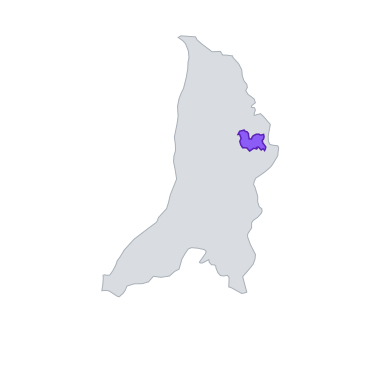 location of Şoldăneşti within Moldova, rotated 37°
{"feature_id": "MDA-1646", "entity_name": "Şoldăneşti", "entity_type": "District", "adm_level": 1, "iso_a3": "MDA", "parent_name": "Moldova", "parent_adm1": "", "projection": "orthographic", "projection_center": [28.717, 47.85], "detail": "fine", "context": "in_parent", "style": "filled", "palette": "violet", "viewbox_px": 384, "rotation_deg": 37, "n_neighbors": 0, "source": "natural_earth", "source_scale": "10m", "svg_char_len": 2541}
<svg xmlns="http://www.w3.org/2000/svg" viewBox="0 0 384 384"><g transform="rotate(37 192 192)"><path d="M87.9,76.9L89.2,73.9L101.5,66.0L104.6,67.5L110.9,67.9L123.7,67.9L130.1,62.6L134.0,64.2L137.2,61.9L142.5,58.9L143.3,59.6L144.0,60.0L152.1,61.5L158.2,64.5L162.3,69.0L166.5,71.9L170.9,73.0L173.3,75.2L173.8,78.6L177.9,80.3L185.6,80.3L188.9,82.6L187.7,87.1L188.5,88.6L191.2,87.1L193.3,88.4L194.4,91.8L195.6,93.4L199.6,88.2L203.8,88.7L213.9,90.9L219.3,101.7L222.6,105.6L225.6,107.2L229.3,105.5L232.6,103.5L234.5,104.4L238.7,111.6L239.7,121.0L239.7,124.8L238.3,131.3L236.2,138.1L234.6,142.5L235.3,146.1L236.8,149.1L239.2,150.1L247.2,156.0L250.2,160.2L254.5,163.3L257.8,163.4L259.5,165.1L260.1,167.2L259.7,172.6L258.0,177.7L258.2,180.9L261.2,184.7L261.5,189.2L261.8,192.1L263.3,194.3L270.7,199.1L280.3,203.7L282.7,207.7L284.3,212.8L284.0,221.5L283.4,229.1L296.1,239.1L294.7,241.0L292.8,243.1L280.9,244.8L278.5,245.7L273.2,238.1L270.4,237.2L267.9,240.0L264.9,241.6L261.3,240.9L257.4,238.6L255.4,236.9L253.8,236.7L251.4,238.4L248.2,237.8L246.1,235.9L243.1,242.4L241.2,243.8L240.1,243.6L239.8,232.6L238.9,230.9L236.5,230.6L230.6,233.3L225.1,236.7L223.3,239.7L223.5,245.2L224.3,251.6L228.1,261.5L226.0,265.7L224.6,272.6L218.6,278.8L211.9,282.5L211.3,290.0L207.5,295.1L201.0,300.2L196.7,306.3L197.8,310.5L198.0,314.5L197.3,317.2L197.1,319.3L195.4,320.2L185.5,320.9L182.7,322.2L179.4,325.1L176.4,319.5L173.3,314.6L171.1,312.0L172.0,310.8L174.5,309.5L176.3,307.8L176.1,302.0L174.9,295.4L173.7,292.1L173.6,287.1L172.8,279.2L174.1,264.7L179.2,246.4L181.9,237.3L180.6,232.3L181.7,220.6L179.7,214.9L176.4,207.3L171.9,190.9L166.1,185.2L158.9,178.8L155.9,174.1L153.9,168.8L149.7,163.6L144.9,158.8L139.2,146.9L136.3,141.5L135.4,140.0L128.9,132.3L125.5,125.3L123.9,119.7L122.9,114.4L118.5,104.0L114.5,96.2L110.6,90.6L108.8,86.6L104.3,81.6L97.7,77.5L93.4,76.7L87.9,76.9Z" fill="#d9dde1" stroke="#a8b0b8" stroke-width="1"/><path d="M205.8,126.2L202.6,125.0L199.7,122.8L198.9,119.5L196.8,118.3L195.9,117.6L195.1,117.4L194.6,118.0L194.1,118.4L193.5,114.8L196.4,111.1L198.0,111.6L199.5,110.8L201.8,111.3L203.7,113.4L205.8,115.2L207.7,113.8L207.0,112.2L207.0,110.3L208.5,107.2L210.7,105.5L211.8,105.5L212.8,105.1L213.7,103.9L214.0,103.6L214.5,102.9L216.2,104.4L217.2,106.5L217.1,108.6L217.8,109.2L219.0,110.2L223.8,111.6L224.6,113.2L225.0,115.2L224.0,114.9L223.0,114.6L222.3,115.5L222.0,116.8L217.9,116.1L216.8,117.6L217.8,118.0L217.8,118.7L216.3,119.3L214.9,120.1L213.4,124.6L209.1,123.8L205.8,126.2Z" fill="#8b5cf6" stroke="#5b21b6" stroke-width="1.5"/></g></svg>